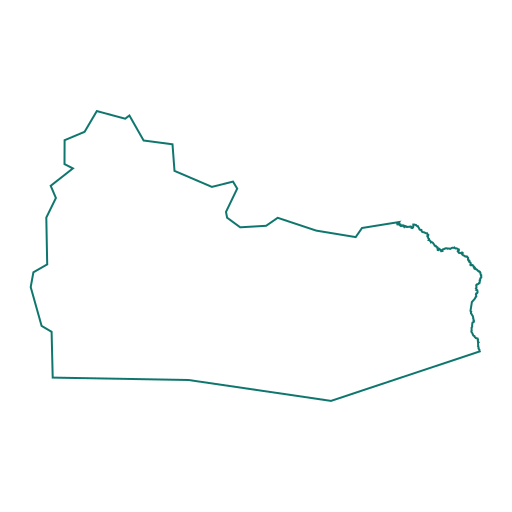 the district of Pibor, Jonglei, South Sudan
{"feature_id": "79223893B32810285770131", "entity_name": "Pibor", "entity_type": "district", "adm_level": 2, "iso_a3": "SSD", "parent_name": "South Sudan", "parent_adm1": "Jonglei", "projection": "orthographic", "projection_center": [34.735, 6.56], "detail": "fine", "context": "isolated", "style": "outline", "palette": "teal", "viewbox_px": 512, "rotation_deg": 0, "n_neighbors": 0, "source": "geoboundaries", "source_scale": "gbopen_adm2", "svg_char_len": 5669}
<svg xmlns="http://www.w3.org/2000/svg" viewBox="0 0 512 512"><path d="M260.9,390.6L331.0,400.9L479.7,351.4L479.5,351.0L479.4,350.1L479.4,349.6L479.0,349.1L478.7,348.9L478.5,348.5L478.5,347.8L478.6,347.2L478.0,346.2L478.2,345.9L478.2,345.6L478.2,345.2L478.1,344.4L478.1,343.8L478.1,343.4L478.1,342.9L478.4,342.5L478.6,342.3L478.4,342.1L478.0,341.9L478.0,341.3L477.8,340.9L477.8,340.4L478.0,340.1L478.1,339.6L478.0,339.4L477.7,339.0L477.6,338.5L476.5,338.3L475.8,338.1L475.6,337.6L474.9,337.2L474.6,336.7L474.4,336.0L473.7,335.8L473.2,335.4L473.1,334.9L472.7,334.4L472.6,333.7L472.2,333.0L471.9,332.5L471.4,331.9L471.4,331.5L471.4,331.0L471.7,330.6L471.6,329.6L471.6,329.1L471.6,328.6L471.6,328.1L471.6,327.6L471.9,327.2L472.2,326.4L472.2,326.0L472.1,325.6L472.2,324.9L472.2,324.4L472.3,324.0L472.3,323.3L472.4,322.9L472.6,322.4L473.3,322.2L473.9,321.8L473.9,321.4L473.9,320.9L473.9,320.5L473.5,320.3L473.5,319.9L473.5,319.3L473.4,318.7L473.1,318.2L473.2,317.6L473.1,317.1L473.0,316.7L472.8,316.3L472.7,315.9L472.5,315.5L471.9,314.8L471.6,314.0L471.0,313.4L470.9,312.6L471.0,312.3L471.2,311.7L470.6,311.2L470.5,310.8L471.9,302.0L474.4,299.2L474.7,298.8L475.3,297.9L475.3,297.7L475.8,297.1L475.8,296.7L476.2,296.4L476.3,296.3L476.2,295.8L476.1,295.3L476.1,294.6L476.1,294.4L475.9,294.2L476.0,293.9L476.4,293.7L476.4,293.3L476.7,293.2L476.9,293.0L477.2,293.0L477.5,292.6L477.5,292.3L477.5,291.6L477.5,291.0L477.5,290.9L477.2,290.5L477.0,290.3L476.5,290.1L476.8,289.8L476.4,289.5L476.4,289.2L476.3,288.9L476.3,288.4L476.0,288.3L476.2,287.8L476.5,287.3L476.4,286.8L476.4,286.4L476.2,285.8L476.3,285.3L476.6,285.1L476.5,284.7L476.9,284.4L477.0,284.3L477.3,284.3L477.6,284.2L477.8,284.1L478.3,283.9L478.5,283.8L478.7,283.6L478.7,283.4L478.9,283.1L479.4,283.1L479.4,282.7L479.7,282.3L479.7,282.0L479.7,281.7L479.8,281.4L479.8,281.2L479.9,280.9L480.0,280.7L480.0,280.4L479.8,280.2L480.2,279.9L480.2,279.4L480.2,279.1L480.2,278.8L480.4,278.5L480.4,278.2L480.7,277.9L480.9,277.8L481.1,277.7L481.3,277.3L481.3,276.9L481.2,276.5L481.2,276.3L481.0,275.8L481.1,275.5L481.2,275.3L481.0,275.2L480.8,274.9L480.8,274.4L480.5,274.0L480.4,273.5L480.4,272.8L480.1,272.4L479.9,271.8L479.4,271.4L479.0,271.6L478.5,271.1L478.1,271.0L477.8,270.6L477.5,270.2L477.2,269.8L476.5,269.6L476.4,269.3L476.1,269.1L475.5,269.0L474.9,268.8L474.6,268.8L474.4,268.6L474.6,268.2L474.4,267.9L474.2,267.7L474.4,267.6L474.7,267.5L474.4,267.1L474.1,266.8L473.8,266.4L473.3,266.1L472.8,265.5L472.7,265.1L472.1,264.9L471.7,264.9L470.8,265.5L470.4,265.8L470.6,265.4L470.4,265.1L470.4,264.5L470.7,263.9L470.7,263.4L470.6,262.8L470.2,262.4L469.4,262.1L469.1,261.5L469.4,261.1L469.5,260.8L469.2,260.4L468.8,260.4L468.4,260.4L468.1,259.9L467.9,259.2L468.2,258.3L468.2,257.9L467.7,257.5L467.3,257.2L467.2,256.6L466.7,256.4L466.0,256.6L465.4,256.5L465.0,256.4L464.7,255.9L463.9,255.6L463.3,255.4L463.1,255.2L462.8,254.9L462.1,254.4L462.1,253.7L462.2,253.1L462.7,252.9L462.6,252.7L462.1,252.5L461.5,252.6L460.9,252.9L460.4,253.1L460.1,253.2L459.7,253.0L459.3,252.8L458.8,252.8L458.6,252.5L458.5,251.9L458.0,251.6L457.7,251.3L457.8,250.9L458.4,250.6L458.8,250.4L458.9,249.9L458.9,249.5L458.3,249.3L457.8,249.0L457.3,248.7L456.9,248.5L456.2,248.3L455.7,248.5L455.3,248.4L454.8,248.0L454.5,247.6L454.2,247.9L453.8,247.9L452.8,247.7L451.9,247.9L451.1,248.3L450.4,248.9L449.9,248.9L449.3,248.5L448.8,248.5L448.1,248.5L447.6,248.7L447.3,248.4L446.7,248.4L446.4,248.3L446.0,248.2L445.5,248.5L445.0,248.5L444.6,248.7L444.3,249.0L443.7,249.2L443.2,249.2L442.9,249.6L442.5,249.7L442.1,249.9L441.9,250.4L442.3,251.0L442.0,251.1L441.5,251.1L441.2,251.2L440.8,250.6L440.8,250.3L440.3,249.8L439.9,249.7L439.5,249.4L439.5,248.9L439.1,248.7L438.9,249.1L438.7,249.7L438.2,250.2L437.8,250.1L437.8,249.6L437.6,249.2L437.4,248.8L437.5,248.2L437.5,247.4L436.9,247.0L436.4,246.9L436.0,246.4L435.8,245.9L435.3,246.0L435.0,245.9L434.6,245.6L434.3,244.8L433.8,244.1L433.3,243.4L432.8,242.7L432.2,242.3L431.5,242.2L430.9,242.4L430.8,241.9L430.8,241.5L430.4,241.2L429.7,240.6L429.4,240.2L428.8,240.1L429.0,239.8L429.2,239.4L429.1,239.0L428.6,238.8L428.2,238.1L428.1,237.3L427.9,236.8L427.4,236.5L427.3,236.1L427.8,235.9L428.2,235.5L428.3,234.8L427.7,234.5L427.2,233.8L427.1,233.3L426.5,233.3L425.8,233.2L425.5,233.0L425.0,232.8L424.4,232.4L423.4,232.2L422.9,232.2L422.2,231.9L421.7,231.0L421.3,230.6L421.3,229.9L420.7,229.8L420.2,229.8L419.6,229.6L419.3,229.0L419.0,228.1L418.7,227.7L418.1,226.8L418.0,226.3L417.8,226.3L417.2,226.0L416.6,225.8L416.0,225.0L415.5,225.0L414.9,224.7L414.5,224.6L414.1,224.5L413.3,224.5L413.3,225.0L413.3,225.5L413.3,226.1L413.3,226.5L413.2,227.1L412.8,227.7L412.5,228.0L411.9,228.0L411.3,227.8L411.2,227.3L411.2,226.7L410.8,226.5L410.2,226.5L409.5,226.7L409.1,226.9L408.7,226.8L408.2,226.8L407.9,226.9L407.4,226.8L407.2,227.0L406.8,226.9L406.5,226.7L406.2,226.9L405.9,226.7L405.6,226.1L405.1,226.2L404.6,226.7L404.5,226.1L404.4,225.9L404.1,226.0L403.5,226.3L403.3,225.9L403.3,225.4L403.2,225.3L402.7,225.3L402.5,225.7L402.0,225.7L401.9,225.9L401.7,226.0L401.0,225.6L400.7,225.9L400.3,225.6L400.5,224.8L399.7,224.8L399.5,224.4L399.7,223.9L399.6,223.6L398.8,223.9L398.6,224.3L398.1,223.9L397.4,224.3L397.2,223.8L397.1,223.2L397.2,222.6L397.5,222.3L398.0,222.3L398.5,222.3L398.7,222.1L362.0,228.0L355.7,237.1L316.2,230.6L277.7,217.8L266.1,225.8L240.2,227.3L227.1,217.7L226.0,211.9L237.2,188.6L233.0,181.6L211.9,186.9L174.5,170.9L172.7,147.0L172.5,144.3L143.6,140.5L129.4,115.5L125.2,118.7L96.8,111.1L84.6,131.8L64.6,140.2L64.5,164.1L72.9,168.4L50.7,185.8L55.9,198.0L46.3,217.6L47.2,264.4L33.4,272.3L30.7,287.1L41.6,325.9L51.6,331.8L52.7,377.6L188.4,380.0L260.9,390.6Z" fill="none" stroke="#0f766e" stroke-width="2"/></svg>